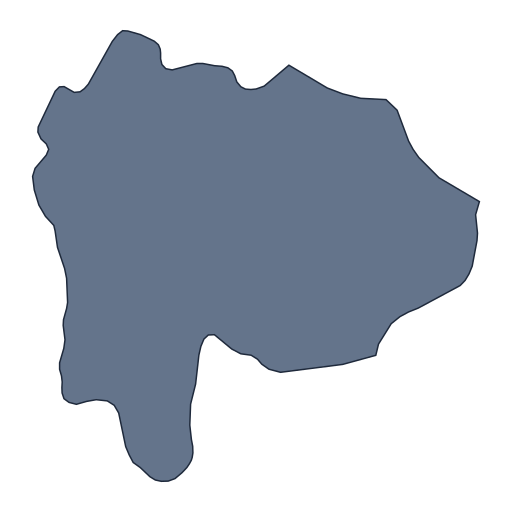 an SVG outline of Yamanashi
{"feature_id": "JPN-1861", "entity_name": "Yamanashi", "entity_type": "Prefecture", "adm_level": 1, "iso_a3": "JPN", "parent_name": "Japan", "parent_adm1": "", "projection": "robinson", "projection_center": [138.508, 35.557], "detail": "fine", "context": "isolated", "style": "filled", "palette": "slate", "viewbox_px": 512, "rotation_deg": 0, "n_neighbors": 0, "source": "natural_earth", "source_scale": "10m", "svg_char_len": 1577}
<svg xmlns="http://www.w3.org/2000/svg" viewBox="0 0 512 512"><path d="M122.6,30.7L127.8,31.0L140.5,34.6L154.3,41.2L158.4,44.8L160.2,49.1L160.6,53.0L160.6,58.9L161.9,64.5L165.8,68.7L172.2,69.9L196.8,63.5L202.9,63.5L214.5,65.7L222.1,66.3L227.9,67.8L232.3,71.0L234.7,75.6L236.8,81.9L240.9,86.8L245.5,89.1L250.9,89.5L256.1,89.0L264.2,86.1L288.9,65.2L327.3,88.0L342.8,93.9L360.7,98.3L386.0,99.6L397.1,110.2L408.6,141.1L413.1,149.4L418.8,157.5L439.0,177.8L479.4,201.6L475.6,214.7L477.5,233.2L477.0,240.6L472.2,266.2L469.0,273.9L465.1,280.4L460.2,285.5L418.2,308.1L408.5,312.0L400.0,316.6L391.2,323.7L378.5,344.1L375.8,355.3L342.7,364.4L280.5,372.3L268.9,369.2L261.8,364.2L257.5,359.2L251.1,355.2L240.8,353.8L231.7,349.0L214.4,334.7L208.3,335.0L203.9,339.1L200.9,346.3L198.9,355.0L195.6,384.1L190.6,404.1L189.8,425.1L191.4,439.5L192.7,446.3L192.9,452.9L192.2,457.4L191.3,460.3L189.5,463.6L186.9,467.5L182.0,472.7L175.0,478.6L168.2,481.1L161.3,481.3L155.3,480.0L149.9,476.7L140.2,467.5L133.2,462.5L129.2,454.9L125.7,446.6L118.7,413.0L114.2,405.3L107.3,400.9L96.2,399.7L86.6,401.4L76.4,404.3L69.0,402.4L64.0,398.7L62.1,393.0L61.9,387.5L62.2,382.0L61.5,375.9L59.6,369.3L59.6,362.8L63.8,348.4L65.0,339.8L63.2,325.4L63.5,319.7L66.6,308.5L67.6,302.5L66.6,278.3L64.6,268.5L57.5,247.4L55.1,230.9L53.8,225.4L45.5,216.4L38.9,205.1L34.3,190.0L32.6,176.4L35.1,168.3L46.3,155.1L48.7,149.3L46.3,143.9L41.0,138.9L37.9,132.1L38.2,127.0L55.2,91.2L59.4,86.9L64.1,86.6L74.2,92.4L80.1,91.8L84.4,88.6L88.3,84.2L112.3,41.4L117.6,34.6L122.6,30.7Z" fill="#64748b" stroke="#1e293b" stroke-width="1.5"/></svg>